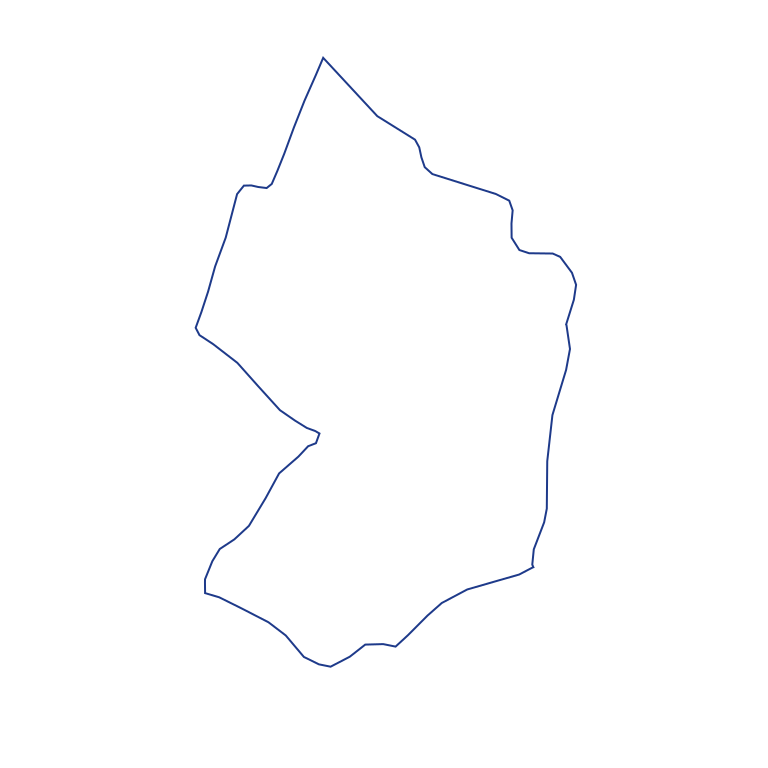 an SVG outline of Delčevo, rotated 20°
{"feature_id": "MKD-3005", "entity_name": "Delčevo", "entity_type": "Statistical Region", "adm_level": 1, "iso_a3": "MKD", "parent_name": "North Macedonia", "parent_adm1": "", "projection": "orthographic", "projection_center": [22.736, 41.933], "detail": "fine", "context": "isolated", "style": "outline", "palette": "blue", "viewbox_px": 768, "rotation_deg": 20, "n_neighbors": 0, "source": "natural_earth", "source_scale": "10m", "svg_char_len": 1243}
<svg xmlns="http://www.w3.org/2000/svg" viewBox="0 0 768 768"><g transform="rotate(20 384 384)"><path d="M215.3,98.3L286.1,134.6L329.6,143.8L336.2,149.6L341.6,158.2L348.1,166.3L357.7,170.2L424.1,167.2L439.0,168.9L445.5,176.8L448.9,189.6L453.9,202.9L465.4,211.8L475.6,211.5L497.9,203.7L506.1,204.3L522.6,215.2L530.6,225.1L533.4,238.9L533.6,240.0L534.8,265.9L535.3,266.2L546.8,287.5L550.3,308.5L552.9,355.6L563.8,400.7L579.6,445.4L581.8,459.2L581.3,488.1L585.1,503.0L587.0,505.1L586.7,505.3L582.2,510.2L576.2,516.8L558.3,529.8L532.5,548.6L513.2,570.0L504.1,586.7L492.4,611.9L484.7,626.8L472.2,628.7L455.5,635.3L445.1,652.0L430.5,667.9L418.7,669.7L405.2,668.2L402.1,667.9L377.7,653.9L356.9,647.4L327.0,643.6L302.1,640.8L287.4,641.7L283.6,631.6L282.6,628.7L283.3,609.2L286.1,595.2L296.5,581.2L305.6,563.5L311.8,531.8L316.0,503.9L328.4,481.5L334.0,468.4L340.3,462.9L340.3,452.6L335.4,451.7L326.5,451.7L313.2,448.9L295.2,444.2L266.7,429.2L239.0,414.3L209.9,405.0L193.9,401.2L187.8,395.6L187.8,378.8L187.1,357.4L185.1,331.3L185.2,300.6L184.0,287.8L181.0,255.8L184.5,245.5L191.4,242.8L198.4,241.9L206.7,240.0L210.1,234.4L210.9,220.4L211.5,201.8L211.6,173.8L212.4,145.0L214.3,116.9L215.3,98.3Z" fill="none" stroke="#1e3a8a" stroke-width="2"/></g></svg>